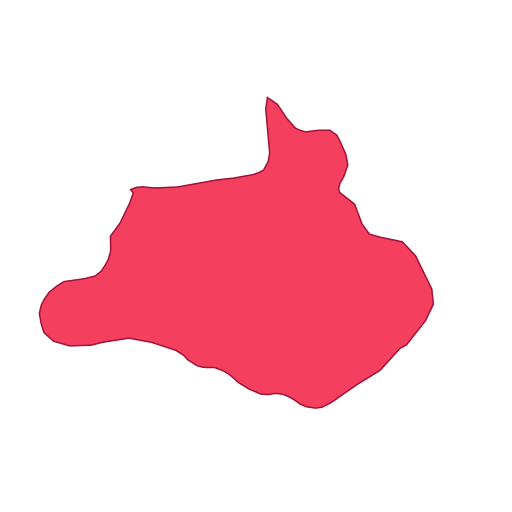 San Miguel Sigüila, Quezaltenango, Guatemala, rotated 201°
{"feature_id": "79465075B47659250151681", "entity_name": "San Miguel Sigüila", "entity_type": "district", "adm_level": 2, "iso_a3": "GTM", "parent_name": "Guatemala", "parent_adm1": "Quezaltenango", "projection": "mercator", "projection_center": [-91.6, 14.9], "detail": "fine", "context": "isolated", "style": "filled", "palette": "rose", "viewbox_px": 512, "rotation_deg": 201, "n_neighbors": 0, "source": "geoboundaries", "source_scale": "gbopen_adm2", "svg_char_len": 1329}
<svg xmlns="http://www.w3.org/2000/svg" viewBox="0 0 512 512"><g transform="rotate(201 256 256)"><path d="M134.0,145.3L131.7,148.3L126.5,156.2L115.5,172.3L99.2,193.7L88.5,221.3L83.7,226.9L74.6,256.4L73.1,274.6L80.1,288.2L106.9,313.2L124.4,321.7L147.3,318.0L158.0,317.1L168.5,323.9L182.5,339.7L200.6,345.3L203.0,348.5L203.7,353.9L202.5,362.1L202.9,373.9L208.7,383.3L218.2,392.7L223.7,397.7L232.1,399.9L242.3,396.0L254.3,389.6L260.4,389.1L265.3,389.6L277.2,395.9L290.4,405.3L302.2,408.1L299.5,396.5L280.1,356.9L278.5,348.5L279.7,339.1L282.7,335.5L288.0,330.8L297.2,325.4L305.1,320.5L313.1,316.5L320.5,312.6L354.4,292.1L375.5,283.0L386.9,279.9L392.4,277.1L396.9,273.0L393.2,270.9L392.9,260.3L394.7,238.2L399.0,222.3L393.4,208.6L392.7,198.6L393.9,191.6L395.0,186.6L399.1,179.6L403.5,176.6L407.7,173.5L426.1,163.3L431.2,156.6L436.1,148.1L438.0,140.6L438.9,133.6L437.7,124.8L432.5,116.1L426.4,108.4L414.4,103.9L397.8,105.3L378.0,113.6L367.9,120.7L345.3,133.7L322.4,138.0L297.3,139.2L287.7,137.3L282.7,134.7L271.7,132.5L265.8,133.1L261.9,134.3L255.0,137.0L245.8,137.1L238.8,135.9L232.9,133.9L227.6,131.7L215.2,129.3L202.0,128.8L194.9,131.0L189.1,134.4L184.6,135.9L179.8,136.6L173.8,136.2L169.8,135.6L165.8,134.7L161.6,133.5L155.0,133.3L146.0,135.3L140.4,138.3L134.0,145.3Z" fill="#f43f5e" stroke="#9f1239" stroke-width="1.5"/></g></svg>